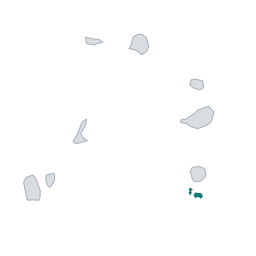 Sao Joao Baptista, Brava, Cabo Verde (highlighted), rotated 284°
{"feature_id": "66160863B96352926706883", "entity_name": "Sao Joao Baptista", "entity_type": "district", "adm_level": 2, "iso_a3": "CPV", "parent_name": "Cabo Verde", "parent_adm1": "Brava", "projection": "orthographic", "projection_center": [-24.678, 14.893], "detail": "fine", "context": "in_parent", "style": "filled", "palette": "teal", "viewbox_px": 256, "rotation_deg": 284, "n_neighbors": 0, "source": "geoboundaries", "source_scale": "gbopen_adm2", "svg_char_len": 3578}
<svg xmlns="http://www.w3.org/2000/svg" viewBox="0 0 256 256"><g transform="rotate(284 128 128)"><path d="M168.6,200.8L164.3,207.6L154.9,207.1L150.0,204.3L144.3,195.8L144.4,189.2L146.4,183.5L146.0,178.6L146.8,177.2L149.7,178.1L150.2,181.4L158.8,189.6L162.0,191.1L168.6,200.8ZM46.0,58.0L39.1,59.5L36.2,58.8L35.3,52.9L33.9,49.1L34.2,47.4L50.0,39.8L55.5,41.1L59.4,47.1L56.8,50.5L46.0,58.0ZM205.3,109.9L211.2,111.2L213.5,110.7L217.2,110.9L221.3,114.8L222.1,118.9L220.2,124.0L212.4,128.3L207.9,127.9L202.5,124.1L205.5,116.4L205.3,109.9ZM107.0,212.2L101.5,215.0L97.6,213.8L93.9,210.9L92.2,206.7L93.6,203.1L101.1,198.8L105.5,200.2L107.9,206.8L107.0,212.2ZM122.4,81.9L125.3,84.1L126.3,85.6L122.0,86.4L111.4,83.6L108.6,85.4L105.8,91.5L100.5,82.2L100.8,78.9L102.0,77.9L109.4,80.3L122.4,81.9ZM187.2,191.2L185.2,191.5L182.2,188.2L182.8,183.5L182.5,182.3L185.1,177.4L190.2,177.8L191.6,181.4L191.9,188.9L187.2,191.2ZM65.9,67.5L60.1,69.3L56.5,69.1L51.4,66.4L53.0,63.6L58.6,60.5L62.4,59.9L65.6,65.4L65.9,67.5ZM207.1,78.8L204.9,82.5L202.1,77.0L200.6,75.7L199.8,67.8L203.9,65.4L205.8,65.1L206.0,73.4L207.1,78.8Z" fill="#d9dde1" stroke="#a8b0b8" stroke-width="1"/><path d="M78.0,215.8L78.0,215.7L78.4,215.6L78.6,215.6L78.7,215.8L78.7,215.7L78.8,215.8L78.8,216.0L78.7,216.0L78.8,216.1L79.0,216.2L79.3,216.0L79.2,215.9L79.3,215.8L79.3,215.7L79.4,215.8L79.4,215.7L79.6,215.7L79.8,215.6L79.9,215.4L80.0,215.4L79.9,215.4L80.0,215.3L80.2,215.2L80.3,215.3L80.2,215.2L80.3,215.2L80.5,215.1L80.6,214.9L80.8,214.8L80.8,215.0L80.8,214.9L80.9,215.0L80.9,214.9L81.0,214.7L80.9,214.7L81.0,214.5L80.9,214.2L81.0,214.1L81.3,214.0L81.4,213.8L81.3,213.7L81.2,213.6L81.3,213.5L81.3,213.4L81.2,213.4L81.3,213.3L81.5,213.2L81.6,213.3L81.6,213.2L81.4,213.0L81.4,212.9L81.2,212.7L81.3,212.6L81.3,212.4L81.4,212.1L81.3,211.8L81.2,211.7L81.0,211.3L80.9,211.1L80.7,210.9L80.7,210.7L80.7,210.4L80.7,210.2L80.5,209.9L80.7,210.0L80.8,209.9L80.9,209.7L81.0,209.7L80.9,209.5L80.7,209.6L80.5,209.4L80.3,209.4L80.5,209.2L80.4,209.1L80.2,209.1L80.2,209.3L80.1,209.1L79.9,209.1L79.7,209.0L79.7,209.3L79.6,209.5L79.4,209.5L79.3,209.4L79.3,209.5L79.3,209.4L79.3,209.5L79.2,209.5L79.2,209.4L79.1,209.5L78.8,209.6L78.6,209.6L78.4,209.7L78.1,210.1L77.8,210.0L77.8,209.9L77.7,209.8L77.5,210.0L77.5,209.9L77.4,210.0L77.5,210.2L77.5,210.4L77.7,210.5L77.8,210.6L77.9,210.9L77.9,211.0L78.0,211.1L78.3,211.4L78.5,211.4L78.5,211.5L78.8,211.5L79.1,211.7L79.2,211.8L79.0,212.0L78.9,212.1L78.9,212.3L79.0,212.4L78.9,212.4L78.8,212.6L79.0,212.8L78.9,212.9L78.7,213.0L78.8,213.2L78.8,213.3L78.8,213.5L78.9,213.8L78.9,214.1L78.7,214.0L78.7,214.3L78.8,214.4L78.6,214.5L78.6,214.8L78.2,214.8L78.1,215.1L78.2,215.3L78.1,215.5L78.0,215.8ZM80.3,203.3L80.2,203.3L80.2,203.6L80.1,203.4L79.9,203.4L79.8,203.5L79.7,203.6L79.7,203.8L79.5,204.1L79.4,204.2L79.3,204.3L79.5,204.4L79.5,204.5L79.4,204.5L79.5,204.6L79.9,204.5L80.0,204.5L80.1,204.4L80.3,204.3L80.3,204.2L80.2,204.2L80.3,204.1L80.2,204.0L80.3,204.1L80.3,203.9L80.4,203.7L80.5,203.8L80.6,203.7L80.5,203.4L80.5,203.5L80.5,203.4L80.4,203.3L80.3,203.3ZM83.8,202.8L83.7,202.8L83.8,203.0L83.7,203.0L83.8,203.3L83.7,203.3L83.7,203.5L83.4,203.7L83.3,203.8L83.2,203.9L82.9,204.0L83.0,204.0L83.3,204.3L83.3,204.2L83.4,203.9L83.5,203.9L83.7,203.7L83.8,203.7L83.8,203.4L84.0,203.5L84.0,203.4L84.0,203.2L83.9,203.2L84.0,203.1L83.9,203.0L83.8,202.9L83.8,202.8ZM81.9,203.8L81.8,204.0L82.0,204.0L82.1,203.9L81.9,203.8ZM82.9,203.8L82.8,203.7L82.7,203.7L82.7,203.8L82.8,203.8L82.9,203.8ZM82.2,203.9L82.1,204.0L82.2,203.9L82.2,204.0L82.2,203.9L82.2,203.9Z" fill="#14b8a6" stroke="#0f766e" stroke-width="1.5"/></g></svg>